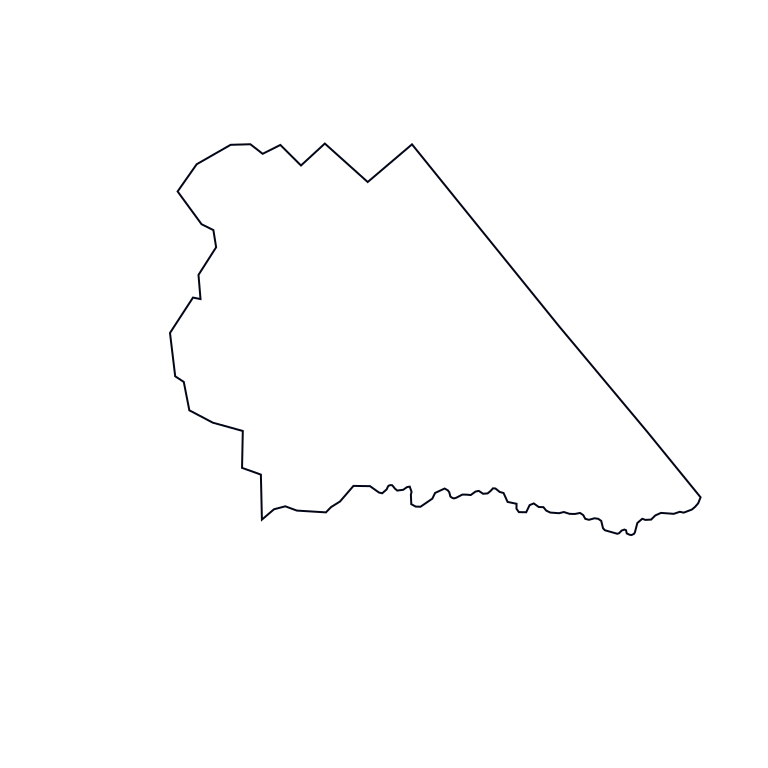 Rabun, Georgia, United States of America, rotated 52°
{"feature_id": "52423323B22473202242420", "entity_name": "Rabun", "entity_type": "district", "adm_level": 2, "iso_a3": "USA", "parent_name": "United States of America", "parent_adm1": "Georgia", "projection": "albers", "projection_center": [-83.284, 34.858], "detail": "fine", "context": "isolated", "style": "outline", "palette": "ink", "viewbox_px": 768, "rotation_deg": 52, "n_neighbors": 0, "source": "geoboundaries", "source_scale": "gbopen_adm2", "svg_char_len": 1664}
<svg xmlns="http://www.w3.org/2000/svg" viewBox="0 0 768 768"><g transform="rotate(52 384 384)"><path d="M668.2,204.3L583.6,206.0L446.7,210.5L281.1,213.3L212.4,214.4L214.8,272.5L158.1,282.6L160.7,314.9L131.8,318.5L127.9,337.9L112.8,341.7L101.1,357.6L95.5,396.3L105.2,428.1L145.8,429.4L157.7,423.7L172.9,432.1L183.8,463.0L204.1,476.3L198.3,481.3L212.0,521.2L249.4,543.8L259.1,540.5L284.9,553.6L309.1,542.7L334.1,524.2L362.7,547.5L379.6,536.8L415.7,563.7L415.0,547.8L419.6,537.1L430.1,530.6L449.4,508.8L448.4,501.5L449.5,491.0L445.5,470.8L455.9,457.9L466.4,454.8L469.0,452.7L468.7,446.8L467.1,443.8L467.1,442.4L467.7,441.1L468.8,439.9L470.8,439.8L473.1,439.8L476.1,439.2L479.2,434.0L479.4,429.4L480.7,426.9L486.0,428.7L487.7,430.9L495.5,436.5L500.1,434.5L503.2,430.8L504.1,416.5L501.3,410.8L503.7,400.6L507.0,399.2L509.4,399.2L511.8,400.2L513.6,401.0L516.1,400.2L517.3,399.2L518.1,397.1L519.4,390.3L522.0,387.1L524.9,384.0L525.1,378.1L526.6,375.1L531.5,373.5L534.0,369.7L533.9,365.8L533.3,362.3L535.0,360.5L540.3,359.3L543.5,356.9L553.0,359.2L560.0,353.3L563.8,356.4L568.0,356.6L572.6,350.9L569.1,343.8L570.3,339.5L576.2,337.8L579.2,334.2L583.7,334.1L587.7,332.1L593.6,325.6L595.6,321.1L600.6,317.7L604.0,313.5L606.3,308.9L610.0,307.7L614.2,308.4L617.2,306.1L619.4,300.8L622.1,298.2L625.6,297.1L632.5,300.2L635.2,300.0L645.6,292.4L646.3,290.6L645.8,287.0L646.7,284.2L648.2,283.3L651.2,284.7L653.8,283.4L655.4,282.0L656.0,279.3L655.3,277.5L653.5,275.2L649.5,269.9L649.2,263.5L652.0,261.7L655.3,257.0L654.6,251.1L656.1,245.1L664.7,235.6L666.8,229.6L669.9,227.0L672.5,218.6L672.3,214.3L671.4,209.8L668.2,204.3Z" fill="none" stroke="#020617" stroke-width="2"/></g></svg>